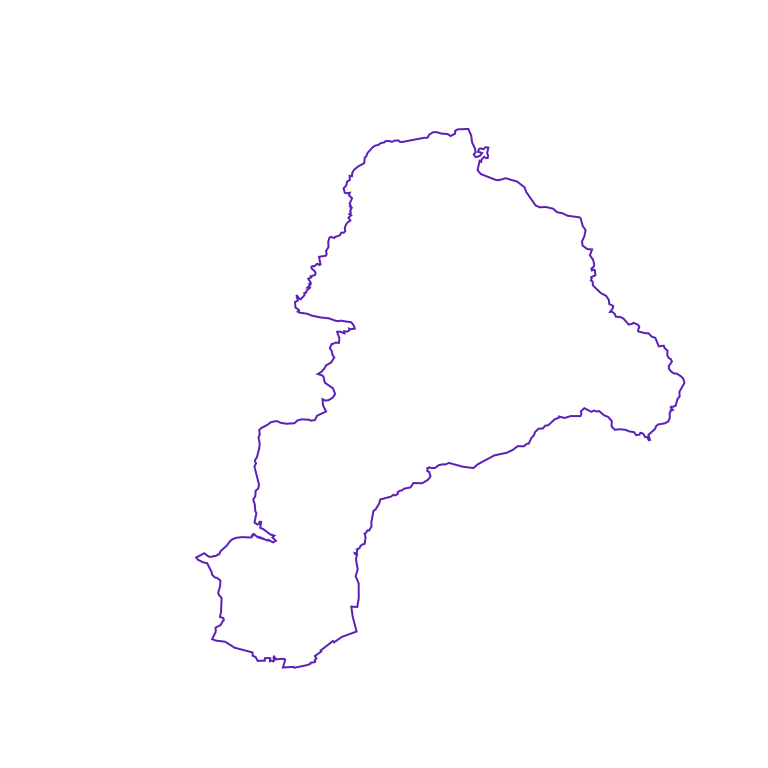 Bosorod, Hunedoara, Romania, rotated 243°
{"feature_id": "2599482B85285073606156", "entity_name": "Bosorod", "entity_type": "district", "adm_level": 2, "iso_a3": "ROU", "parent_name": "Romania", "parent_adm1": "Hunedoara", "projection": "orthographic", "projection_center": [23.13, 45.647], "detail": "fine", "context": "isolated", "style": "outline", "palette": "violet", "viewbox_px": 768, "rotation_deg": 243, "n_neighbors": 0, "source": "geoboundaries", "source_scale": "gbopen_adm2", "svg_char_len": 6166}
<svg xmlns="http://www.w3.org/2000/svg" viewBox="0 0 768 768"><g transform="rotate(243 384 384)"><path d="M238.8,641.8L243.0,643.7L248.5,652.1L250.0,652.6L253.2,653.0L256.0,652.1L260.1,649.7L261.9,647.1L264.4,645.6L268.0,644.8L270.6,645.8L273.3,650.7L275.9,650.9L277.5,649.7L280.9,649.4L285.0,651.7L288.8,650.3L291.1,650.7L292.8,645.9L302.0,646.7L304.8,644.0L309.1,642.7L310.5,640.0L315.4,634.4L316.6,634.8L319.4,637.7L321.9,636.9L325.2,634.1L325.0,632.0L325.9,629.0L333.7,627.0L336.3,625.0L338.8,621.1L341.6,621.4L344.7,620.1L345.6,618.2L347.7,622.4L349.6,623.6L353.0,621.0L356.8,622.5L361.7,621.9L366.5,618.5L377.0,614.9L380.6,616.4L382.4,615.4L383.7,616.9L385.2,617.1L384.9,621.7L389.7,623.5L390.6,623.0L390.8,620.8L392.6,621.1L393.5,624.4L394.9,625.5L399.7,626.7L405.2,625.9L409.4,630.5L411.9,626.4L417.1,623.8L421.1,625.1L424.8,629.7L429.6,633.5L434.5,632.8L442.1,634.4L443.7,633.9L450.7,623.8L455.2,620.5L458.4,616.3L463.5,614.2L468.4,608.3L470.8,602.9L474.3,600.1L490.5,597.9L495.5,598.5L503.8,594.6L512.1,585.9L513.4,579.3L514.7,576.6L527.2,565.5L532.1,564.5L539.4,570.5L537.9,571.5L539.8,572.9L540.9,576.5L538.9,577.5L538.3,579.0L540.4,580.5L542.8,580.6L547.2,584.3L548.8,582.2L548.1,579.2L550.2,576.8L550.3,575.4L548.2,573.2L545.4,576.3L543.7,573.0L544.4,569.1L545.4,568.4L547.7,568.2L549.0,570.9L552.3,571.9L559.5,572.2L565.7,574.5L573.0,574.9L577.5,565.1L577.1,562.2L574.8,561.0L574.7,555.9L577.8,554.2L581.1,548.8L584.2,545.6L586.1,542.0L585.6,537.3L583.8,534.9L583.9,533.8L585.1,531.7L591.4,510.0L592.5,508.1L594.5,507.5L596.0,503.8L596.1,500.9L598.1,499.2L599.7,495.7L599.1,494.0L600.1,490.4L599.6,487.9L600.4,484.1L600.1,481.7L597.3,474.1L594.9,471.6L594.5,469.7L589.7,466.6L589.6,460.1L588.5,454.7L586.6,451.6L583.7,449.8L585.1,447.9L581.4,446.3L581.0,442.9L577.9,440.4L576.7,436.8L572.3,435.9L570.9,437.4L569.9,440.4L568.0,438.4L564.1,439.9L560.2,435.2L558.0,435.3L557.7,434.3L555.7,435.2L555.7,434.1L554.3,433.7L553.6,432.4L551.6,432.2L551.2,430.3L549.3,431.4L548.3,427.8L544.9,428.2L544.4,424.6L543.3,422.5L541.0,420.0L537.8,418.9L537.1,417.0L538.2,414.5L536.5,412.1L537.2,407.2L536.7,405.9L539.2,403.5L539.1,401.8L536.1,398.9L531.2,396.7L528.7,392.6L525.9,392.0L524.7,390.5L526.8,383.8L519.3,381.7L519.5,380.2L521.2,379.6L521.4,378.4L520.5,375.6L521.5,373.7L521.4,372.5L519.8,372.0L515.6,373.5L513.5,373.3L512.4,371.7L513.3,367.7L512.0,367.6L512.2,364.3L507.3,364.7L507.1,362.8L505.9,363.5L504.8,359.9L504.0,361.9L503.4,361.9L502.4,357.5L500.8,356.2L501.2,354.3L499.3,353.6L497.3,348.3L498.2,347.4L503.1,346.4L497.4,345.1L497.5,342.0L492.3,339.8L488.8,341.7L488.0,341.7L487.6,340.0L486.0,341.0L481.3,347.7L478.2,350.1L472.1,357.7L467.7,364.5L462.1,369.8L460.7,371.8L460.1,374.2L453.8,382.9L449.3,383.6L446.6,383.1L448.2,378.7L449.1,378.0L447.5,377.5L447.3,375.3L449.1,372.4L447.1,371.8L450.8,368.4L451.8,365.9L445.2,365.1L441.1,362.5L442.9,359.6L442.9,356.6L443.5,355.6L440.5,352.0L436.9,352.4L433.1,351.3L430.2,351.8L427.1,346.3L426.9,340.6L425.5,339.0L423.3,334.1L422.9,329.6L419.6,332.9L418.1,333.4L412.0,331.9L403.3,336.6L397.2,335.9L395.0,331.8L394.8,327.2L395.9,324.1L398.4,322.4L393.0,320.0L385.8,319.9L386.1,309.9L383.2,306.1L384.5,302.2L386.2,301.0L389.9,294.6L390.8,290.5L389.7,286.3L393.0,278.8L396.5,274.1L399.2,272.2L400.2,270.2L401.3,265.5L400.5,261.5L400.5,255.0L399.7,252.0L395.5,250.4L393.3,247.9L387.1,246.1L383.2,243.5L376.4,237.5L374.9,234.7L373.3,233.8L371.4,234.0L369.3,231.1L350.9,226.9L347.9,224.5L347.2,221.2L342.2,218.2L340.6,215.1L334.8,214.0L329.2,211.6L326.8,211.6L319.3,205.7L316.2,207.4L316.2,209.1L317.7,210.6L317.0,211.9L312.1,208.4L309.6,210.5L301.4,214.5L298.7,217.4L297.9,214.9L293.4,216.5L293.2,213.2L297.7,210.2L297.2,209.3L303.1,204.5L303.4,204.2L302.4,204.4L304.9,201.8L309.7,199.8L309.2,197.9L308.4,198.3L307.5,196.1L312.1,187.8L314.2,182.0L314.4,178.0L313.7,175.0L311.4,170.6L309.4,162.8L307.0,159.7L307.6,158.8L307.1,156.6L307.2,155.3L308.0,154.7L308.1,152.3L309.8,149.4L314.8,147.0L314.7,137.9L312.0,138.4L307.5,141.6L304.5,145.1L294.5,145.0L292.4,144.2L288.2,145.6L287.3,147.1L283.1,149.0L278.3,146.2L273.4,141.6L271.4,141.1L267.0,142.1L254.7,135.2L250.9,132.1L248.3,134.6L246.1,133.9L246.1,132.9L243.4,129.0L243.4,123.3L239.6,121.6L234.7,115.0L231.8,117.6L226.5,125.4L216.8,131.2L204.5,145.0L201.6,143.6L198.9,145.7L194.7,145.7L191.6,152.2L193.8,153.4L192.8,155.6L191.3,158.1L188.8,156.5L188.7,158.2L187.0,159.6L188.2,161.1L190.3,161.2L191.1,162.3L187.5,163.0L185.7,167.9L184.1,170.5L182.9,170.6L177.3,165.2L173.0,175.0L171.9,175.2L168.6,187.2L168.1,191.2L169.0,192.2L167.6,195.8L167.9,196.8L169.6,197.2L170.2,199.2L173.0,198.9L174.1,206.6L175.3,206.6L178.2,221.9L176.5,222.2L177.8,231.7L175.9,247.2L191.3,250.6L200.5,253.8L197.5,258.9L204.5,264.2L217.8,270.9L225.7,271.5L230.7,276.4L240.5,279.4L244.4,282.6L245.6,281.0L246.7,281.1L245.4,282.7L248.2,284.9L249.0,284.7L248.9,287.6L250.4,289.6L250.8,291.8L250.4,294.2L255.6,297.9L259.5,298.8L259.5,300.5L260.9,302.2L261.0,303.2L260.2,304.1L262.6,308.1L266.3,309.8L275.6,316.9L276.3,320.0L279.7,325.4L282.8,328.3L280.5,339.0L281.0,342.2L279.7,343.3L279.6,344.6L279.8,346.3L281.3,346.9L281.7,349.5L281.1,351.5L281.6,354.5L279.8,360.7L282.4,365.2L278.2,373.1L278.8,380.1L280.7,383.6L285.1,384.3L286.9,383.1L289.4,384.5L288.9,385.4L289.3,386.3L287.6,388.0L286.0,391.3L286.8,396.0L285.6,400.3L284.4,402.3L284.2,406.0L274.5,416.7L268.5,425.5L269.9,431.0L270.3,449.9L267.0,462.2L266.8,468.8L267.9,474.9L265.0,480.3L265.9,484.1L265.2,485.9L268.9,490.7L270.2,494.2L272.6,496.8L274.0,501.2L272.3,505.4L273.7,508.5L272.7,511.7L275.1,520.3L274.5,524.2L275.6,525.2L271.7,529.5L270.7,535.8L266.2,544.5L267.6,546.1L270.3,547.1L271.5,551.5L265.0,556.2L265.0,559.0L262.9,561.1L262.2,563.4L256.3,565.8L252.8,568.8L247.6,570.1L242.8,567.5L238.4,568.9L236.9,573.0L233.5,578.5L230.9,580.4L227.5,585.0L224.0,585.4L222.9,588.6L224.1,590.3L223.2,591.5L221.6,592.5L218.1,592.6L217.1,594.5L213.7,594.4L213.4,595.6L218.7,596.5L220.8,604.8L223.0,607.6L223.5,609.9L221.4,616.5L221.6,620.4L224.3,623.4L228.3,625.2L229.3,626.9L230.4,627.3L229.7,629.5L233.0,628.8L233.4,629.7L232.5,631.1L232.3,634.0L237.2,638.5L238.8,641.8Z" fill="none" stroke="#5b21b6" stroke-width="2"/></g></svg>